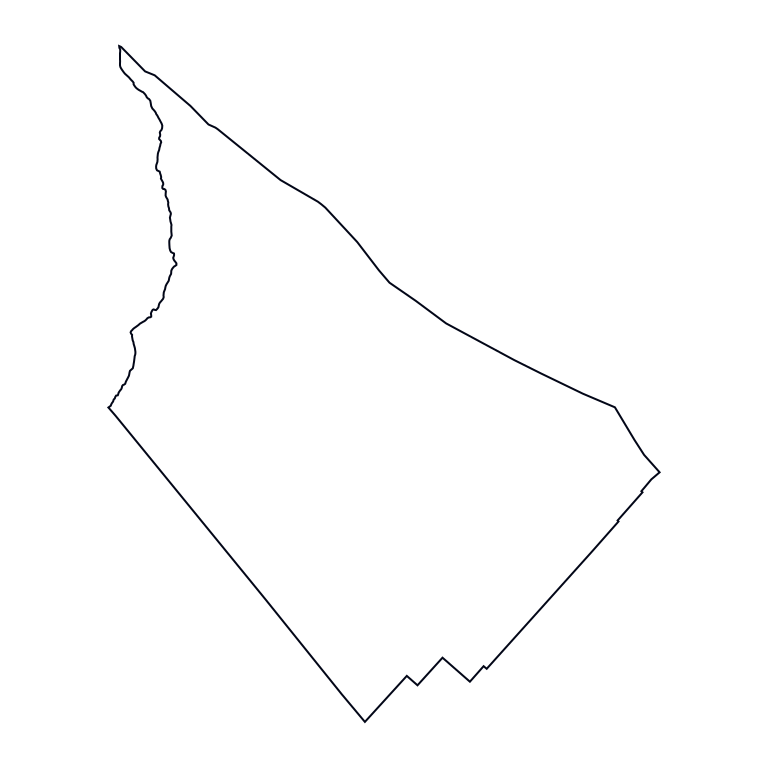 the district of José C. Paz, Buenos Aires, Argentina
{"feature_id": "61730980B63252687279730", "entity_name": "José C. Paz", "entity_type": "district", "adm_level": 2, "iso_a3": "ARG", "parent_name": "Argentina", "parent_adm1": "Buenos Aires", "projection": "robinson", "projection_center": [-58.809, -34.505], "detail": "fine", "context": "isolated", "style": "outline", "palette": "ink", "viewbox_px": 768, "rotation_deg": 0, "n_neighbors": 0, "source": "geoboundaries", "source_scale": "gbopen_adm2", "svg_char_len": 3339}
<svg xmlns="http://www.w3.org/2000/svg" viewBox="0 0 768 768"><path d="M317.9,201.7L280.6,180.1L217.6,129.1L215.4,127.6L208.5,124.5L190.5,106.0L154.7,75.3L145.1,71.4L121.2,47.0L119.2,46.1L119.4,47.9L120.2,49.5L120.2,51.6L120.0,53.2L120.0,55.6L120.0,59.7L120.1,61.1L120.0,63.4L120.0,65.4L120.4,67.1L121.1,68.4L122.0,69.8L122.7,70.8L123.7,72.2L124.9,73.7L125.9,74.6L127.0,75.6L128.9,77.3L130.3,79.0L131.3,80.1L132.6,81.4L133.6,82.7L133.6,84.3L134.3,85.5L135.6,87.3L136.6,88.3L138.6,89.8L140.4,90.8L141.9,91.7L143.0,92.1L144.1,93.2L145.1,94.3L146.0,95.6L146.8,97.3L148.0,98.5L149.1,99.1L150.3,100.8L150.7,102.9L151.2,106.1L152.4,108.6L153.3,109.5L154.6,111.0L155.7,112.6L156.4,114.4L157.2,115.3L158.5,117.9L159.5,119.5L160.4,121.3L161.6,123.5L162.3,125.6L162.1,128.2L161.5,129.9L160.2,131.4L159.8,132.6L160.2,134.6L160.1,136.1L159.2,137.7L159.1,139.0L160.9,141.0L161.2,142.3L160.5,143.9L160.1,146.0L159.6,147.5L159.1,150.1L158.3,152.1L157.9,153.6L157.5,157.5L157.6,159.3L157.4,161.9L156.3,165.0L156.1,166.5L156.2,168.5L157.0,170.3L158.4,171.0L159.7,171.6L160.2,173.7L160.7,175.0L161.2,177.1L160.9,178.6L162.7,181.8L163.2,183.1L163.2,184.7L162.4,186.0L162.3,188.0L163.2,189.0L164.5,189.1L165.5,190.0L165.9,191.5L165.7,193.1L165.6,195.6L166.2,197.2L167.6,199.5L167.9,201.1L168.3,202.4L168.1,204.3L168.4,206.5L169.0,208.2L169.2,210.2L169.9,211.4L170.6,212.4L170.9,213.9L170.4,215.7L169.9,217.7L170.2,219.4L170.5,221.5L171.0,223.1L171.5,225.0L171.3,226.5L171.3,228.5L171.3,230.2L171.3,231.7L171.5,233.5L171.7,235.6L170.7,237.9L169.7,239.3L169.3,240.9L169.3,242.7L169.4,245.3L169.5,246.7L169.6,248.2L170.2,250.5L171.1,252.1L172.8,253.0L174.0,253.5L174.1,255.1L173.7,256.5L173.2,257.9L173.6,259.3L174.3,260.6L175.1,261.5L176.4,263.3L176.4,265.0L175.2,265.9L174.0,266.6L172.8,268.0L171.9,269.3L171.3,270.8L171.2,272.5L171.1,273.9L170.4,275.2L169.7,276.5L169.2,278.1L169.0,279.4L168.7,280.8L166.5,284.3L165.7,286.0L165.3,287.7L165.1,289.0L164.3,291.0L163.8,292.3L163.5,295.6L163.7,297.1L163.1,298.8L161.8,300.4L161.0,301.4L159.9,302.6L159.1,304.1L158.4,307.3L157.3,308.8L156.0,310.1L154.8,309.9L153.7,309.4L152.7,309.8L151.9,311.1L151.3,312.3L150.9,313.7L151.2,315.1L151.2,316.7L150.2,317.3L148.8,317.4L147.4,318.2L146.5,319.3L145.4,320.4L144.3,321.2L143.1,321.8L139.9,323.7L138.5,325.0L137.3,325.9L135.5,327.2L134.3,328.0L133.0,329.1L132.2,330.1L131.3,330.9L130.6,332.3L131.1,333.7L132.1,334.8L132.0,336.4L132.7,340.4L133.4,342.0L133.7,344.1L134.4,346.4L134.9,348.2L135.4,351.8L135.4,353.2L135.2,354.7L134.7,356.1L134.5,358.0L134.0,361.9L133.7,363.6L133.4,365.7L132.8,368.3L130.9,370.0L130.0,370.8L129.6,372.2L129.2,374.5L128.9,375.8L127.8,378.0L127.2,379.1L126.6,380.3L125.9,381.6L125.2,383.8L124.1,384.6L123.0,385.0L122.2,386.0L121.7,388.1L121.1,389.4L120.3,390.2L118.7,392.5L118.3,393.9L117.8,395.3L116.1,395.6L115.2,397.1L114.8,398.5L113.7,399.5L113.1,401.5L111.8,403.3L111.2,404.5L110.8,405.7L109.9,406.4L108.4,407.5L115.5,415.7L264.6,598.3L341.7,694.2L364.9,721.9L406.8,675.9L417.5,685.3L442.5,657.7L469.9,681.7L483.6,666.2L486.7,668.8L592.4,551.1L618.5,521.5L617.6,520.5L642.5,492.3L641.4,491.2L651.4,479.3L659.6,472.3L644.1,454.9L634.5,440.0L614.9,407.3L582.9,393.7L540.9,373.4L514.3,360.1L446.1,323.4L415.7,300.8L389.5,282.7L378.9,270.3L357.2,242.0L325.3,207.6L321.2,204.2L317.9,201.7Z" fill="none" stroke="#020617" stroke-width="2"/></svg>